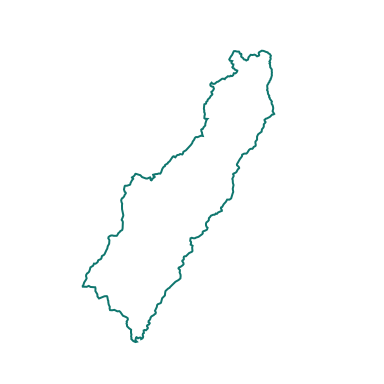 Bolivar, La Libertad, Peru (Robinson projection), rotated 234°
{"feature_id": "86281439B86357323386245", "entity_name": "Bolivar", "entity_type": "district", "adm_level": 2, "iso_a3": "PER", "parent_name": "Peru", "parent_adm1": "La Libertad", "projection": "robinson", "projection_center": [-77.704, -7.308], "detail": "fine", "context": "isolated", "style": "outline", "palette": "teal", "viewbox_px": 384, "rotation_deg": 234, "n_neighbors": 0, "source": "geoboundaries", "source_scale": "gbopen_adm2", "svg_char_len": 6047}
<svg xmlns="http://www.w3.org/2000/svg" viewBox="0 0 384 384"><g transform="rotate(234 192 192)"><path d="M265.6,328.4L265.3,327.7L264.8,327.4L263.3,326.9L263.0,326.2L263.5,324.4L265.4,323.9L266.4,323.3L267.2,321.5L268.5,320.1L267.7,316.8L266.2,315.2L266.5,313.2L267.5,313.0L268.8,311.9L270.6,312.0L272.1,311.4L273.1,311.6L273.9,312.6L274.5,312.9L274.8,313.0L275.5,312.2L276.0,312.0L277.0,312.5L278.0,312.5L279.2,310.9L280.7,309.7L281.3,308.5L279.3,305.0L278.8,303.2L277.4,300.1L276.0,299.9L274.3,301.5L273.7,300.1L273.3,299.8L271.6,300.0L270.9,300.5L269.7,299.3L269.3,298.0L267.9,298.0L267.1,298.7L265.8,298.6L263.6,300.0L263.0,299.4L262.5,298.0L262.5,296.8L263.5,295.6L262.3,294.0L262.2,292.8L262.4,292.3L263.4,291.5L263.3,290.6L263.5,290.2L264.6,289.0L264.4,287.3L264.5,285.9L264.0,284.8L265.5,283.7L265.9,282.9L265.9,278.0L266.4,276.9L266.2,274.0L266.8,273.0L267.7,272.2L268.9,272.1L268.5,270.3L267.8,269.7L267.0,269.5L265.9,269.9L264.6,271.0L262.8,270.5L262.2,269.7L261.6,267.8L261.6,266.5L260.8,266.1L259.8,266.2L259.2,266.0L258.9,265.6L258.6,263.3L257.8,261.8L257.5,259.1L256.6,258.1L256.5,256.5L255.3,255.4L255.7,253.5L252.3,250.5L251.0,250.0L249.4,248.8L248.4,248.7L247.0,247.9L246.3,246.9L244.5,245.4L243.5,245.7L242.1,247.4L241.9,246.5L241.3,245.4L239.3,242.8L238.0,241.8L237.5,239.3L236.8,238.1L236.7,237.6L237.1,236.8L237.0,236.1L235.4,235.2L234.4,235.1L232.7,234.2L231.0,233.7L232.3,232.3L233.1,228.7L233.8,228.0L234.2,227.1L233.9,225.8L233.1,224.6L232.4,222.2L231.5,221.0L230.8,219.0L229.3,211.6L229.6,208.7L228.4,207.2L228.1,206.2L229.7,204.7L229.7,203.4L230.4,202.1L230.5,201.1L229.8,198.9L230.8,198.3L231.6,198.3L231.9,197.2L230.0,192.0L229.9,189.7L229.4,189.1L229.7,186.2L228.8,185.2L229.0,184.2L228.8,183.1L228.0,181.3L226.2,178.8L225.5,177.2L226.6,175.8L226.9,174.6L227.9,173.0L228.8,170.7L227.3,170.2L226.5,170.8L226.1,170.7L225.9,167.7L225.3,166.5L225.3,166.0L225.8,165.7L226.7,165.9L227.8,166.7L228.5,166.7L229.2,163.7L230.0,162.7L233.4,160.4L235.9,160.1L239.8,157.2L239.9,156.7L239.3,155.6L239.0,154.2L239.1,152.0L238.3,151.9L237.7,152.3L237.2,152.2L236.7,150.2L235.4,147.6L234.4,146.4L234.4,145.8L235.3,143.1L236.4,141.6L236.3,141.0L234.1,138.5L231.8,137.7L230.5,138.0L229.8,137.6L229.2,135.8L228.3,134.4L227.9,132.7L228.0,131.5L227.0,129.9L225.4,129.1L223.5,128.6L222.6,127.7L219.2,125.3L213.6,122.8L212.9,122.1L210.8,118.7L209.1,118.7L208.2,118.3L203.5,114.6L202.4,113.4L202.3,112.8L202.5,111.0L202.1,109.9L202.0,108.2L201.2,106.7L200.8,105.4L202.5,103.0L203.4,102.3L204.4,101.0L204.7,99.5L204.6,98.0L203.8,97.1L201.6,96.9L198.8,94.5L197.6,91.9L196.0,90.2L195.4,88.8L193.2,84.9L192.9,84.0L193.1,81.4L191.7,79.9L191.3,78.7L191.9,76.2L191.6,75.5L190.9,74.8L190.6,72.9L190.8,71.6L191.7,70.6L190.5,68.7L190.7,65.5L189.2,63.7L188.0,61.9L187.7,60.5L187.8,59.2L187.1,57.6L186.2,56.8L184.2,56.1L183.5,55.0L182.2,51.6L180.5,49.3L180.2,48.3L179.6,48.0L177.2,51.1L176.7,53.3L174.8,54.1L171.8,57.7L170.8,57.3L168.6,55.6L164.9,55.3L163.0,54.1L160.5,54.2L159.1,59.9L157.8,61.9L157.0,61.9L153.9,60.4L153.1,60.3L152.2,59.6L150.0,58.5L147.5,58.0L146.1,56.8L144.6,56.3L143.3,57.8L142.3,59.9L139.3,61.5L138.3,63.2L137.1,63.5L132.5,63.4L129.7,65.1L127.9,65.8L126.8,65.4L126.2,64.5L125.7,63.0L124.9,62.8L124.0,61.6L123.0,61.5L121.9,60.7L121.2,60.6L118.7,61.0L116.4,61.8L114.4,60.2L113.0,59.4L112.5,59.4L110.9,57.8L109.7,57.4L108.8,56.5L105.9,56.9L103.8,58.1L103.3,59.4L105.3,59.0L107.1,61.2L107.1,61.8L105.4,62.3L105.1,63.7L104.5,64.8L104.2,65.0L102.9,64.4L102.7,65.7L103.0,66.7L103.7,67.5L105.4,68.1L106.3,69.2L106.2,70.2L108.4,71.5L108.2,72.6L107.2,73.5L107.6,76.0L108.3,76.6L109.7,76.6L110.2,76.9L110.5,77.6L110.1,79.4L110.7,80.7L111.2,80.8L111.7,80.4L112.3,80.3L113.2,81.2L113.3,82.4L113.9,83.8L114.7,84.6L115.2,86.1L114.9,88.8L115.1,89.7L115.0,91.0L115.9,92.0L117.6,92.2L119.7,96.0L121.0,97.3L121.3,98.3L120.6,101.1L120.7,101.9L123.6,105.4L124.2,109.2L126.9,111.7L127.5,112.5L127.9,115.9L127.7,117.7L128.0,118.4L129.1,125.8L128.7,129.4L128.9,131.8L130.7,133.4L131.8,134.1L134.2,134.7L135.2,135.8L136.2,136.4L138.0,136.1L138.5,136.6L138.6,137.4L138.2,138.6L138.2,141.6L138.6,142.8L139.8,143.4L141.9,143.5L142.2,143.9L142.2,145.2L142.5,146.0L143.7,146.6L144.4,147.5L144.3,148.2L143.6,149.4L144.3,153.8L143.7,156.7L144.0,157.7L147.0,159.5L148.2,160.9L150.2,160.0L151.4,161.4L152.3,161.9L153.5,161.8L155.4,163.6L155.1,164.9L153.7,166.0L152.9,167.1L152.7,168.6L151.9,170.9L151.9,175.6L152.3,176.5L153.3,177.0L153.6,178.0L152.9,180.4L152.8,182.1L153.9,183.6L155.2,183.3L156.7,183.7L158.1,184.6L158.9,185.7L159.0,187.8L159.4,189.1L160.8,190.2L161.1,190.8L161.0,191.4L161.7,193.4L161.1,195.9L160.3,197.0L160.6,198.6L159.7,199.2L160.1,201.2L159.2,205.1L159.8,205.5L161.6,205.7L162.4,206.4L162.2,207.7L163.5,210.5L164.1,213.5L165.2,216.0L163.8,217.9L163.8,219.9L167.0,224.1L167.8,225.4L170.6,226.8L173.2,229.7L175.3,230.4L177.8,232.0L178.9,232.3L180.4,235.1L181.3,235.6L182.3,235.7L182.5,236.3L182.0,238.6L182.1,239.8L183.4,242.4L183.5,243.8L183.7,244.3L185.0,244.6L187.1,244.1L188.0,244.6L190.4,249.9L191.5,253.4L192.7,254.5L192.4,256.7L191.1,258.7L191.3,259.9L192.5,262.8L192.6,264.1L192.3,265.2L191.5,266.1L191.5,266.8L192.2,268.4L191.9,270.3L192.5,271.2L194.5,272.2L195.5,273.0L196.1,275.4L198.6,277.2L199.8,279.4L199.9,283.8L201.6,285.4L202.2,287.6L202.7,288.5L204.6,289.9L205.1,292.3L205.6,292.7L206.8,292.6L207.7,293.0L207.9,294.8L207.5,295.8L207.0,299.1L207.5,302.3L206.8,303.7L206.8,304.4L210.0,304.7L211.6,306.6L212.8,307.4L214.8,308.2L216.1,308.2L217.5,308.8L218.2,309.8L221.8,309.8L222.7,310.3L223.6,310.2L224.5,311.1L226.3,311.1L227.7,311.7L228.9,312.5L230.3,312.6L230.9,313.2L231.0,313.7L232.9,314.7L234.1,315.6L234.8,317.5L235.4,318.3L235.5,319.3L236.2,320.0L236.8,321.8L237.3,322.0L237.7,323.0L239.6,325.4L240.4,325.7L241.8,327.0L242.4,327.2L244.3,328.6L246.9,328.6L248.6,329.7L249.3,329.9L249.8,330.4L250.5,330.3L251.0,331.4L252.0,331.3L253.2,333.6L254.0,334.3L255.0,334.5L255.8,335.9L258.0,336.0L259.3,335.3L260.5,335.3L261.7,334.3L264.0,332.9L265.3,331.5L265.6,328.4Z" fill="none" stroke="#0f766e" stroke-width="2"/></g></svg>